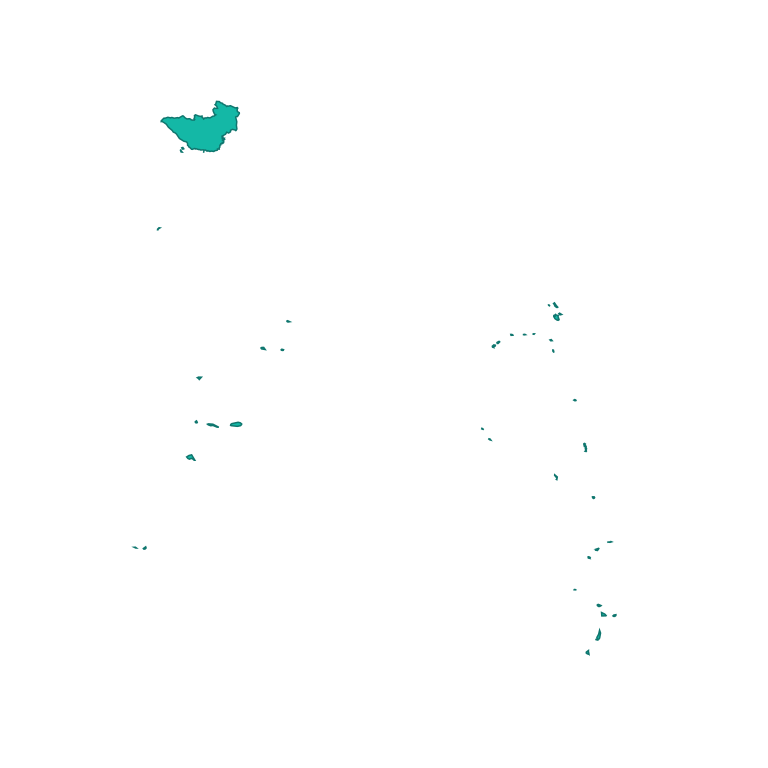 Pangkajene Dan Kepulauan, Sulawesi Selatan, Indonesia, rotated 286°
{"feature_id": "22746128B84288456023840", "entity_name": "Pangkajene Dan Kepulauan", "entity_type": "district", "adm_level": 2, "iso_a3": "IDN", "parent_name": "Indonesia", "parent_adm1": "Sulawesi Selatan", "projection": "natural_earth1", "projection_center": [118.667, -6.124], "detail": "fine", "context": "isolated", "style": "filled", "palette": "teal", "viewbox_px": 768, "rotation_deg": 286, "n_neighbors": 0, "source": "geoboundaries", "source_scale": "gbopen_adm2", "svg_char_len": 6178}
<svg xmlns="http://www.w3.org/2000/svg" viewBox="0 0 768 768"><g transform="rotate(286 384 384)"><path d="M574.8,97.5L575.2,98.3L574.8,99.5L574.5,99.4L574.8,99.6L574.8,100.1L573.7,103.2L571.4,106.0L569.3,110.6L568.1,112.0L567.8,114.1L567.1,115.6L563.6,119.7L562.2,124.7L562.3,127.5L561.2,128.8L559.3,129.4L558.9,130.4L558.1,131.0L557.7,132.4L556.6,134.3L556.8,135.2L558.1,136.8L557.9,137.6L558.2,137.6L558.3,138.5L557.8,138.5L558.3,138.7L558.3,141.3L558.6,142.4L558.4,143.4L559.3,145.7L558.9,146.6L556.5,146.8L559.1,146.6L559.4,147.0L559.7,148.1L559.1,149.3L559.6,150.1L559.3,150.2L559.7,151.5L559.5,152.5L560.3,153.9L560.6,156.3L561.6,157.1L562.7,159.2L563.7,159.5L564.0,159.3L564.4,160.9L565.5,160.5L566.4,160.9L568.3,160.4L568.9,161.2L569.9,160.9L570.4,162.0L571.5,161.9L571.6,162.2L571.1,162.1L570.9,162.7L571.8,163.3L573.4,163.0L573.7,161.6L574.1,161.6L574.4,161.7L574.4,162.5L575.4,163.4L575.7,163.1L575.2,162.5L575.9,162.6L575.4,162.0L576.5,161.4L575.9,161.2L575.7,160.9L576.3,160.9L576.3,159.9L576.4,160.5L577.0,160.2L577.3,160.5L577.7,160.1L580.4,162.8L582.7,163.4L582.4,165.4L583.3,166.3L584.1,166.9L585.6,166.6L587.0,168.1L587.1,171.0L586.7,171.6L586.9,171.9L588.6,172.3L592.0,170.8L595.5,170.2L599.7,167.8L600.3,168.2L600.7,169.4L604.1,170.4L604.9,170.1L605.4,168.3L606.1,167.5L607.2,167.4L608.1,166.9L608.8,167.4L609.3,166.9L608.4,164.9L609.2,159.7L608.0,157.5L608.1,156.9L607.4,156.3L608.2,154.9L608.7,152.0L609.3,151.4L609.3,149.3L610.1,147.9L609.5,145.1L606.6,145.1L605.9,144.6L604.9,146.7L603.1,148.0L602.4,145.9L602.5,144.9L600.5,144.0L599.1,144.7L596.7,146.7L596.4,147.9L596.1,147.4L595.5,147.5L594.7,146.8L594.2,145.6L592.3,143.9L591.7,143.1L591.6,141.0L590.6,139.8L590.5,138.6L589.0,137.6L590.2,136.2L590.1,135.7L591.4,135.2L590.7,134.0L590.5,132.0L590.8,128.6L590.4,128.2L589.7,128.3L589.6,127.9L588.0,128.5L586.9,128.2L586.1,128.6L586.1,129.1L585.5,129.0L584.9,127.3L584.8,125.7L585.3,125.1L585.4,123.9L584.5,121.6L584.9,119.7L586.3,117.2L586.2,116.4L583.1,113.4L583.2,112.3L581.6,108.9L581.8,107.4L581.5,106.0L581.0,105.6L580.8,102.7L579.0,100.1L579.0,99.3L576.8,97.9L576.2,97.9L575.5,97.3L574.8,97.5ZM303.0,247.9L302.0,247.9L301.8,248.5L302.9,254.8L304.4,257.6L305.8,258.3L306.4,258.2L307.1,256.5L307.0,254.3L304.0,248.7L303.0,247.9ZM258.6,223.2L262.9,218.6L261.5,216.2L259.5,214.4L258.4,216.0L258.1,217.7L259.4,219.3L259.2,220.8L258.4,222.5L258.6,223.2ZM496.5,528.4L495.6,528.6L493.9,530.4L493.2,532.6L493.1,533.1L493.6,533.8L493.5,534.3L494.3,534.5L495.1,533.8L494.8,533.7L495.0,533.5L495.4,533.7L496.6,532.8L497.7,532.6L497.5,532.3L497.8,531.9L497.7,530.4L498.2,529.8L497.3,529.1L496.2,529.8L495.7,529.2L496.0,528.7L496.5,528.7L496.5,528.4ZM199.0,658.5L198.0,659.0L197.6,660.2L198.3,661.1L199.4,661.3L204.3,660.8L206.7,659.1L202.7,659.3L199.0,658.5ZM296.9,237.1L298.2,230.6L297.3,226.2L296.7,225.4L296.3,226.3L296.1,228.9L297.0,231.0L296.5,235.5L296.9,237.1ZM224.3,656.1L221.1,657.3L222.3,661.2L222.7,661.3L222.6,660.7L223.4,660.2L223.7,659.5L224.3,656.1ZM381.0,592.8L379.2,593.8L379.3,594.2L380.4,593.7L378.9,595.0L377.1,595.4L377.0,595.8L376.7,596.0L375.6,596.2L374.8,595.8L374.8,596.9L375.2,597.1L376.8,596.3L377.5,596.6L378.3,595.9L379.7,595.5L380.3,594.8L380.1,594.2L381.6,593.6L381.0,592.8ZM509.5,524.9L508.3,526.1L507.8,526.0L508.3,525.3L508.0,524.9L507.1,526.1L506.2,526.5L505.3,528.4L505.2,528.8L505.6,529.2L505.4,530.4L506.9,528.0L509.5,524.9ZM182.1,652.4L181.2,652.5L180.7,653.6L180.6,654.9L181.3,654.9L181.0,655.4L181.7,655.1L181.5,654.8L184.2,654.0L182.1,652.4ZM384.4,260.3L386.0,258.3L385.5,256.5L384.7,255.8L384.0,256.6L384.4,260.3ZM451.9,478.8L450.2,477.7L449.3,478.2L449.3,479.3L449.6,479.0L451.1,480.4L452.0,480.4L451.9,478.8ZM338.6,202.8L338.2,204.1L337.4,205.2L340.2,206.6L339.5,203.8L338.6,202.8ZM230.9,650.3L230.3,649.9L229.7,650.4L229.3,651.7L229.6,652.6L230.4,652.8L230.3,653.4L230.6,653.6L230.5,652.6L230.8,652.5L230.8,654.2L231.2,651.0L230.9,650.9L230.9,650.3ZM225.3,668.6L224.2,668.0L223.9,668.7L224.2,669.9L225.3,670.7L226.2,670.5L225.3,668.6ZM161.8,199.8L159.5,198.0L159.1,198.5L159.4,199.7L160.8,200.5L161.8,199.8ZM285.2,635.6L283.6,633.3L283.6,634.2L283.5,633.6L282.6,633.4L282.8,635.1L285.0,635.9L285.2,635.6ZM456.4,483.6L456.7,483.3L456.5,482.5L455.1,481.2L454.6,481.2L454.2,482.0L454.4,482.5L456.4,483.6ZM295.8,213.0L295.2,213.2L294.8,214.0L295.1,214.9L295.7,215.1L296.9,213.9L295.8,213.0ZM343.8,573.1L343.2,573.2L341.3,576.0L340.4,576.3L339.8,576.0L339.7,576.5L342.4,576.2L343.8,573.1ZM499.8,532.7L498.9,534.1L499.8,535.6L500.5,533.3L499.8,532.7ZM333.0,615.5L332.5,615.7L332.2,616.5L332.1,616.2L331.8,616.4L331.7,617.0L332.1,617.5L333.0,617.7L333.5,617.1L333.0,615.5ZM274.0,627.8L273.0,628.4L273.1,630.1L273.6,629.7L274.0,630.0L274.3,629.5L274.3,628.1L274.0,627.8ZM417.7,273.3L417.3,273.6L417.1,274.6L417.9,276.3L418.3,273.9L417.7,273.3ZM388.6,275.7L388.2,276.0L388.2,277.0L388.6,277.9L389.3,278.0L389.3,276.2L388.6,275.7ZM472.0,533.7L472.8,532.5L472.1,531.4L471.5,532.4L472.0,533.7ZM555.9,125.4L555.3,124.5L554.3,125.5L554.4,126.1L554.9,126.7L555.9,125.4ZM421.5,572.7L421.6,571.6L420.8,570.9L420.5,571.8L420.7,572.7L421.0,573.1L421.5,572.7ZM466.6,492.2L465.8,492.7L466.4,494.5L466.7,494.3L466.9,493.2L466.6,492.2ZM461.1,538.7L463.3,537.5L463.2,536.9L462.1,537.3L461.1,538.7ZM294.9,646.0L293.8,642.8L293.2,642.4L293.8,643.0L294.1,644.9L295.0,646.3L295.1,645.5L294.8,645.4L294.9,646.0ZM552.6,123.9L551.1,125.0L551.3,126.1L552.6,124.3L553.4,124.1L552.6,123.9ZM360.2,499.3L359.5,501.0L359.5,502.2L360.3,501.2L360.3,500.9L359.9,501.2L360.2,499.3ZM158.1,191.3L158.6,190.0L158.2,188.9L157.9,190.6L158.1,191.3ZM470.5,123.7L469.8,123.8L469.9,124.2L470.9,124.3L472.3,125.6L472.2,124.7L470.5,123.7ZM470.6,505.7L469.8,503.9L469.9,505.3L470.4,506.4L470.6,505.7ZM473.7,514.8L473.6,514.1L472.9,513.1L473.1,514.5L473.7,514.8ZM368.4,490.3L367.8,490.3L367.6,492.4L368.3,491.1L368.4,490.3ZM239.1,624.0L238.8,623.5L238.6,623.5L239.1,625.7L239.1,624.0ZM505.4,520.4L504.8,519.9L505.2,520.2L504.5,522.1L505.5,520.8L505.4,520.4ZM196.8,659.8L197.0,658.4L196.7,657.6L196.7,659.8L197.2,660.8L197.2,660.4L196.8,659.8ZM381.4,592.1L382.1,593.3L381.5,594.8L382.2,593.2L381.4,592.1Z" fill="#14b8a6" stroke="#0f766e" stroke-width="1.5"/></g></svg>